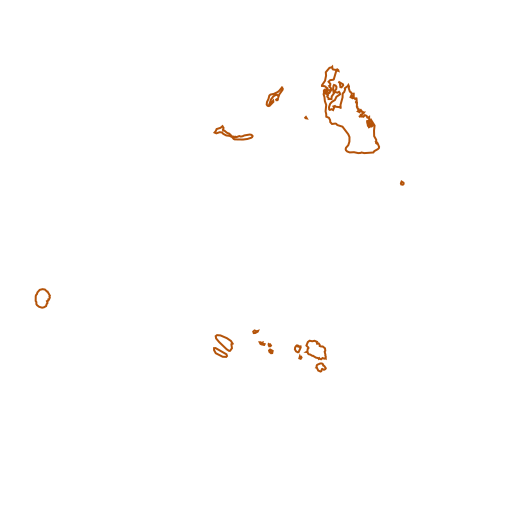 the district of Kamaran, Al Hudaydah, Yemen, rotated 315°
{"feature_id": "15242507B40747525321849", "entity_name": "Kamaran", "entity_type": "district", "adm_level": 2, "iso_a3": "YEM", "parent_name": "Yemen", "parent_adm1": "Al Hudaydah", "projection": "albers", "projection_center": [42.46, 15.285], "detail": "fine", "context": "isolated", "style": "outline", "palette": "amber", "viewbox_px": 512, "rotation_deg": 315, "n_neighbors": 0, "source": "geoboundaries", "source_scale": "gbopen_adm2", "svg_char_len": 6152}
<svg xmlns="http://www.w3.org/2000/svg" viewBox="0 0 512 512"><g transform="rotate(315 256 256)"><path d="M441.0,174.9L435.3,175.4L433.1,178.0L428.7,180.9L423.4,181.9L422.9,182.4L424.5,184.3L424.9,185.5L424.6,187.4L423.7,188.5L424.3,188.5L425.2,186.7L424.7,188.7L423.9,189.4L420.2,190.7L419.7,189.5L420.3,188.7L422.0,187.9L422.1,187.4L423.0,187.3L421.9,186.9L420.9,187.1L419.4,188.7L418.2,189.4L416.8,192.0L414.2,195.2L412.5,198.8L407.5,202.9L406.0,205.3L404.2,207.2L405.3,209.8L404.5,212.3L403.2,213.8L403.1,216.4L405.7,218.4L406.2,219.3L406.1,220.9L408.6,225.7L407.3,235.2L406.2,238.0L402.9,241.2L399.6,242.9L396.2,243.1L395.0,243.8L394.4,244.8L394.4,246.6L395.5,249.0L398.7,251.9L401.1,255.6L403.0,257.2L403.8,257.4L405.3,259.8L412.2,265.8L413.8,265.5L417.8,266.6L419.2,266.6L420.2,265.9L421.7,262.2L421.9,260.4L421.7,260.9L421.5,260.7L421.3,262.0L420.9,261.9L420.8,261.0L423.2,258.8L424.3,254.8L428.2,250.7L432.1,247.6L433.6,241.1L432.6,241.4L433.1,241.6L432.9,242.4L432.0,243.4L430.6,246.3L429.3,246.2L428.8,245.3L430.1,243.6L430.4,242.5L430.0,242.3L429.9,242.8L428.9,243.8L428.9,244.4L427.6,245.1L426.9,244.8L427.5,243.7L427.2,243.1L427.8,242.2L428.2,242.3L428.1,242.7L429.3,241.6L428.2,242.0L428.8,240.7L428.2,240.1L429.0,240.4L429.9,239.2L431.4,240.0L430.6,241.6L434.3,237.7L432.9,237.4L432.6,236.8L433.3,235.1L432.6,233.4L430.4,233.5L430.1,233.0L430.5,232.9L429.2,232.0L429.1,231.4L428.0,230.9L427.7,231.5L427.9,231.1L428.1,230.9L427.3,230.6L428.1,230.5L429.1,231.3L429.9,230.4L430.3,230.9L430.6,230.5L432.5,231.1L433.7,230.9L433.2,230.5L433.4,229.9L433.0,229.6L433.2,228.1L432.7,228.5L432.2,227.9L432.7,226.5L431.2,226.1L430.7,226.8L430.4,225.9L431.3,226.1L431.5,225.1L432.4,224.6L432.1,223.7L432.9,222.5L432.6,222.3L432.9,221.7L435.9,218.9L435.3,218.3L435.5,217.8L437.0,217.4L438.5,215.6L438.3,215.2L437.1,215.0L437.1,213.2L435.9,212.8L435.2,210.5L436.9,209.9L437.3,211.6L438.1,211.5L438.3,211.9L439.9,210.3L438.5,208.9L438.9,207.2L438.6,206.2L440.2,203.0L441.6,201.9L442.2,200.4L440.9,200.7L437.4,200.2L436.7,201.3L434.3,202.4L432.2,202.4L429.3,205.1L422.6,208.9L420.1,211.7L420.9,210.0L419.7,209.1L417.8,206.6L417.9,205.7L416.5,205.0L416.1,206.3L413.7,207.3L413.3,205.7L411.5,204.9L411.4,204.1L412.8,202.4L416.1,200.8L418.6,200.7L422.1,201.5L425.5,200.3L429.8,201.1L430.6,199.8L430.8,198.6L429.2,198.2L427.8,195.7L428.5,194.9L430.8,194.7L432.5,193.3L432.8,191.7L432.1,190.2L431.1,190.5L428.3,192.7L426.5,195.3L426.5,196.0L422.4,196.7L420.3,198.4L418.3,196.4L418.9,195.9L419.1,193.7L420.0,193.4L419.8,193.2L420.9,192.1L421.8,192.4L422.9,191.9L423.3,192.6L425.7,192.0L424.7,190.2L425.6,191.1L427.1,191.2L427.8,189.7L427.5,188.6L428.0,188.3L428.0,187.5L429.2,187.7L430.3,186.8L430.5,184.1L432.8,184.1L435.3,186.0L435.9,186.1L443.2,182.1L444.8,182.4L445.2,183.4L445.6,182.7L445.4,181.4L444.3,181.2L442.4,178.6L442.5,177.6L443.7,176.1L442.9,176.1L441.0,174.9ZM238.4,359.7L237.4,357.3L235.5,356.1L234.0,353.8L231.8,353.5L228.3,355.0L228.3,357.8L227.8,358.3L226.8,358.3L224.8,359.8L223.7,359.5L224.5,360.6L223.8,361.8L223.9,362.9L224.7,364.1L225.2,366.4L225.7,366.8L226.5,370.2L227.9,372.4L227.7,373.0L228.5,373.0L228.4,374.0L229.1,375.1L230.9,375.2L231.7,376.9L232.3,377.4L232.8,377.2L232.9,377.7L234.3,376.3L234.6,375.4L235.2,375.0L236.9,372.2L238.0,372.0L239.5,370.1L239.2,367.1L238.0,365.9L237.4,364.7L238.3,363.7L238.5,362.0L237.2,361.3L238.0,359.8L238.4,359.7ZM79.1,127.0L75.7,127.2L74.0,128.1L73.3,128.0L71.9,128.6L68.4,132.0L68.1,133.3L66.7,134.7L66.4,135.9L66.7,138.5L68.2,141.3L69.7,142.3L72.2,143.0L73.8,142.0L75.1,141.9L75.7,141.3L75.9,140.6L77.1,140.6L77.0,140.3L77.8,140.5L78.5,139.9L78.9,140.3L79.6,140.1L80.8,139.6L81.4,138.5L82.2,138.3L83.4,133.8L83.1,133.6L83.0,130.4L81.6,128.5L79.1,127.0ZM178.2,298.3L177.3,293.5L174.7,287.0L172.5,284.4L170.8,284.2L169.5,286.1L169.1,290.8L169.3,301.2L169.9,304.1L170.6,304.7L173.8,304.2L176.2,301.0L177.5,301.5L178.2,298.3ZM321.6,140.3L317.9,138.4L316.0,139.2L314.0,139.4L314.7,141.2L317.9,142.8L319.3,144.6L319.2,146.4L320.2,149.7L322.3,152.4L323.2,155.1L323.0,157.5L323.4,158.5L329.2,164.5L332.7,167.2L336.2,169.0L337.3,169.2L338.4,168.8L338.5,167.2L337.5,165.7L333.0,162.5L331.1,161.8L329.7,160.8L329.0,159.4L326.4,158.2L325.7,157.0L325.3,157.2L324.4,156.3L324.3,155.4L323.6,155.2L323.6,150.6L322.6,148.4L322.3,145.0L321.5,144.2L321.8,143.4L323.6,142.5L324.1,140.5L321.6,140.3ZM383.3,154.0L380.4,152.1L378.9,152.0L375.8,153.8L372.6,154.9L370.6,156.5L370.4,158.0L371.0,159.0L371.9,159.4L377.3,159.3L378.0,158.3L375.7,158.5L374.9,158.1L374.1,158.7L372.5,158.8L372.2,158.4L377.4,155.9L381.0,155.4L382.8,155.7L384.8,156.8L385.1,157.7L384.5,159.3L386.8,158.2L392.2,157.3L393.1,156.8L393.4,155.5L394.3,154.7L393.4,155.2L389.2,155.6L387.3,155.4L383.3,154.0ZM164.8,306.2L165.6,304.6L162.3,292.5L161.2,291.5L159.8,292.9L158.8,296.3L161.2,303.7L163.6,306.3L164.8,306.2ZM225.4,377.4L222.3,376.2L220.9,376.7L220.3,377.7L219.8,377.7L220.0,378.1L219.0,381.0L219.9,383.3L220.7,383.6L222.6,382.6L223.0,382.7L223.6,384.5L225.0,385.0L226.0,384.7L226.5,382.1L226.1,380.9L226.8,380.1L226.6,378.6L225.4,377.4ZM222.4,351.0L221.7,349.7L222.4,349.4L222.3,348.9L221.7,348.1L220.9,348.0L219.1,348.3L217.5,349.5L216.9,351.8L217.5,353.7L218.1,354.1L222.9,352.3L223.6,351.4L222.9,350.8L222.4,351.0ZM438.3,197.0L438.9,196.1L437.6,191.0L437.6,193.0L435.1,196.3L435.7,197.2L438.3,197.0ZM199.9,332.1L199.3,331.9L198.4,332.3L198.4,333.5L198.0,332.8L197.7,333.3L197.9,335.4L198.8,336.1L200.7,334.9L199.9,332.1ZM200.6,307.5L199.9,308.9L201.0,309.9L203.7,310.7L204.5,310.4L203.3,309.8L202.3,307.6L200.6,307.5ZM411.4,309.4L412.1,308.5L411.6,306.3L409.8,307.1L409.3,308.1L410.2,309.4L411.4,309.4ZM199.3,321.7L197.9,320.8L198.1,320.1L197.6,319.6L197.0,321.4L197.6,322.8L198.5,323.2L198.3,323.9L198.9,324.7L199.8,324.4L198.6,322.3L198.7,321.9L199.3,321.7ZM203.3,329.9L203.5,328.3L202.9,328.1L202.7,327.3L202.1,327.7L201.5,329.2L202.4,330.0L203.3,329.9ZM216.1,358.0L214.3,359.0L214.9,360.3L216.4,360.0L216.6,359.4L215.6,359.3L216.1,358.0ZM382.6,160.0L380.8,159.7L380.6,160.3L381.4,161.0L382.3,160.7L382.6,160.0ZM389.2,194.6L389.6,193.0L388.6,193.0L388.5,193.6L389.2,194.6Z" fill="none" stroke="#b45309" stroke-width="2"/></g></svg>